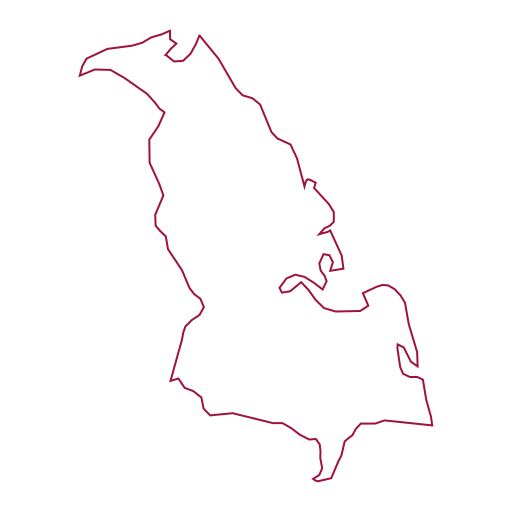 the District of Trikuṇāmalaya
{"feature_id": "LKA-2454", "entity_name": "Trikuṇāmalaya", "entity_type": "District", "adm_level": 1, "iso_a3": "LKA", "parent_name": "Sri Lanka", "parent_adm1": "", "projection": "albers", "projection_center": [81.128, 8.569], "detail": "fine", "context": "isolated", "style": "outline", "palette": "rose", "viewbox_px": 512, "rotation_deg": 0, "n_neighbors": 0, "source": "natural_earth", "source_scale": "10m", "svg_char_len": 2049}
<svg xmlns="http://www.w3.org/2000/svg" viewBox="0 0 512 512"><path d="M170.0,30.7L170.1,39.2L176.4,43.6L170.7,48.9L165.7,54.9L165.8,54.9L174.1,61.5L183.1,60.8L190.4,53.9L195.8,44.3L199.4,35.5L199.5,35.5L218.6,58.8L235.6,88.1L242.6,95.3L252.3,98.2L260.1,104.5L271.5,132.2L274.4,135.2L277.4,138.5L277.5,138.5L290.5,144.5L297.0,158.4L304.5,186.5L305.9,181.3L307.6,179.3L310.5,180.0L315.7,182.8L314.1,188.0L328.9,204.1L333.8,212.2L333.8,221.8L329.9,225.7L324.4,228.3L319.3,234.2L323.2,233.1L327.2,232.1L328.2,231.6L330.2,230.5L341.7,255.6L343.4,268.7L330.2,270.8L332.9,262.2L329.4,255.2L323.5,254.2L319.3,263.5L320.7,270.7L324.5,275.7L326.6,281.2L322.6,289.5L319.5,287.1L313.7,282.6L304.5,276.9L295.2,274.7L286.4,278.5L279.5,287.8L281.9,292.6L290.1,291.3L301.2,282.2L308.8,290.3L315.7,300.0L324.0,308.1L335.7,311.5L360.1,311.0L368.3,305.7L362.9,293.2L376.8,286.7L382.4,285.0L388.2,285.4L388.3,285.5L394.7,289.2L400.6,295.5L405.0,302.8L408.8,324.3L417.1,352.0L417.4,359.2L417.6,366.4L410.9,361.7L403.8,347.5L397.7,344.4L397.4,348.3L400.0,365.8L400.2,367.1L403.1,373.8L406.7,375.5L409.9,377.0L410.0,377.0L417.2,377.0L422.9,379.6L426.3,400.1L430.3,414.3L431.0,416.7L432.2,425.4L384.5,420.4L375.6,423.5L367.4,423.6L360.8,423.6L355.9,428.8L352.4,435.2L348.4,438.2L344.7,441.4L341.4,455.5L338.7,460.6L331.2,478.2L317.8,481.3L315.2,480.4L313.1,478.9L319.3,475.0L322.2,468.3L320.3,458.1L320.5,451.2L319.7,444.4L315.9,439.0L309.2,439.5L299.8,434.7L291.2,428.1L282.4,423.1L272.9,423.1L232.6,413.2L210.2,415.4L203.6,408.7L201.4,397.5L193.3,391.1L184.6,387.8L178.4,378.5L170.5,380.9L182.0,339.6L183.2,332.9L185.4,326.4L192.0,319.9L199.5,315.0L203.9,307.1L200.4,298.8L194.2,294.1L189.5,288.0L182.0,270.2L168.0,249.2L165.8,236.4L160.1,230.9L155.6,225.7L155.2,214.8L163.4,195.5L159.4,184.3L149.6,162.7L149.3,139.6L158.3,126.3L164.5,112.4L159.4,108.6L155.2,102.8L147.0,93.8L123.9,77.6L110.4,69.9L94.8,69.5L79.8,75.7L82.2,66.3L86.6,58.6L107.4,48.9L132.0,45.7L142.1,42.8L151.4,37.3L161.6,34.4L169.9,30.7L170.0,30.7Z" fill="none" stroke="#9f1239" stroke-width="2"/></svg>